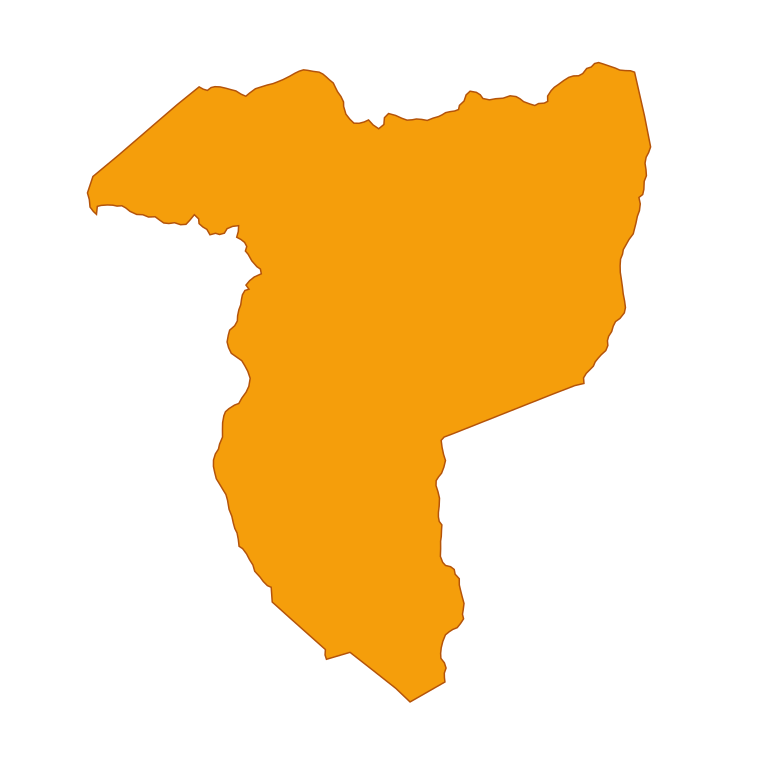 the district of Inhambupe, Bahia, Brazil, rotated 176°
{"feature_id": "56859067B53431248458401", "entity_name": "Inhambupe", "entity_type": "district", "adm_level": 2, "iso_a3": "BRA", "parent_name": "Brazil", "parent_adm1": "Bahia", "projection": "robinson", "projection_center": [-38.397, -11.762], "detail": "fine", "context": "isolated", "style": "filled", "palette": "amber", "viewbox_px": 768, "rotation_deg": 176, "n_neighbors": 0, "source": "geoboundaries", "source_scale": "gbopen_adm2", "svg_char_len": 3969}
<svg xmlns="http://www.w3.org/2000/svg" viewBox="0 0 768 768"><g transform="rotate(176 384 384)"><path d="M112.3,677.6L116.3,679.3L121.3,679.8L126.9,680.7L131.2,683.0L136.7,685.3L143.1,688.0L147.5,689.7L151.6,689.0L155.1,685.8L159.8,684.6L164.1,679.8L168.3,677.9L173.6,678.1L178.3,677.0L183.5,674.2L189.5,670.4L193.4,668.1L196.8,665.0L200.7,659.8L201.0,654.5L204.6,653.0L210.3,653.0L214.1,651.3L218.8,653.1L225.0,655.9L228.5,659.1L232.2,661.5L238.1,662.7L245.3,660.8L252.6,660.8L259.0,660.1L265.4,661.9L267.8,665.8L271.5,668.5L277.7,670.1L281.9,666.7L284.4,660.7L289.3,656.7L290.5,652.6L294.5,651.4L299.0,651.1L303.6,650.4L307.2,648.5L310.9,647.0L316.5,645.8L322.5,643.9L327.9,645.3L333.2,646.1L337.5,645.6L342.6,645.6L347.6,647.8L353.7,651.1L360.6,653.5L365.0,649.6L366.0,642.9L371.5,639.0L376.8,643.2L381.0,648.5L385.4,646.8L390.6,645.8L395.8,646.3L399.5,650.4L403.2,655.9L404.9,663.7L404.7,668.2L406.9,673.8L410.0,678.9L411.9,683.5L413.6,687.8L417.2,691.2L420.1,694.3L423.3,697.4L426.9,699.6L432.8,700.8L438.2,702.2L442.4,703.0L446.7,702.0L451.0,700.3L456.6,697.6L463.5,694.7L469.2,692.8L473.7,691.4L479.6,690.4L484.7,689.2L491.7,687.5L497.8,683.6L501.8,680.7L506.5,683.2L511.3,686.7L516.4,688.4L521.2,690.1L526.8,691.8L531.9,692.4L535.8,691.8L539.7,689.2L543.7,690.7L547.7,693.3L570.7,677.2L632.7,630.9L659.9,611.3L666.5,595.3L665.1,588.5L664.9,581.0L661.9,576.4L659.0,573.3L657.6,581.2L653.7,581.9L647.5,581.9L642.0,581.3L637.9,580.1L633.1,580.1L629.5,577.8L625.3,573.9L618.9,570.4L612.8,569.7L607.3,567.0L600.6,566.8L596.2,563.0L592.5,560.0L587.4,559.1L581.7,559.5L575.8,557.1L570.4,557.1L566.5,560.7L561.4,566.1L557.4,561.7L557.3,556.9L553.8,553.3L549.9,550.6L547.2,545.0L541.5,546.1L537.6,544.6L532.7,545.6L529.7,549.9L524.0,551.8L518.0,552.1L518.7,546.3L520.7,540.7L516.6,538.1L513.2,535.0L511.3,530.8L513.0,526.3L510.5,522.9L507.3,516.1L502.6,509.9L499.3,507.3L498.7,502.5L506.0,499.8L510.9,496.4L514.8,492.3L512.1,488.0L516.2,487.0L519.0,482.9L520.2,478.6L521.4,473.0L523.6,468.2L525.3,462.2L525.9,457.1L528.9,452.5L534.2,448.5L535.9,443.6L537.6,436.9L536.5,431.1L534.2,425.3L528.7,420.8L524.2,417.1L521.5,411.8L519.0,406.2L517.1,399.0L519.0,391.1L522.1,385.5L526.8,379.9L530.2,374.7L534.6,373.4L540.3,370.3L544.1,367.4L546.0,363.4L547.7,356.6L548.3,350.0L548.8,342.3L552.2,335.6L553.7,330.6L557.1,326.0L559.4,320.0L559.9,313.7L559.1,307.9L557.9,301.2L554.7,295.1L551.8,289.4L549.4,284.8L548.2,279.0L547.3,269.8L545.0,262.6L544.0,255.7L542.9,250.3L541.0,245.7L540.2,239.2L539.9,232.2L536.5,229.6L532.9,224.0L530.4,218.2L527.4,212.6L526.0,206.2L521.1,200.0L518.2,195.4L514.4,191.0L510.7,189.1L510.7,174.3L493.6,156.6L461.0,123.2L461.7,117.8L460.6,113.4L436.6,118.7L421.1,104.7L393.4,79.5L380.2,65.0L344.0,82.5L344.2,86.9L344.0,91.4L341.9,96.3L343.2,101.6L346.4,106.4L346.3,111.4L345.3,116.9L343.3,123.1L340.2,129.5L336.1,132.4L332.4,134.4L328.0,135.8L324.4,139.7L321.0,144.2L321.8,148.8L320.7,153.4L319.5,159.5L321.0,167.1L322.2,173.9L322.9,178.3L322.5,184.5L326.3,189.3L326.9,194.1L330.3,197.1L335.3,198.7L337.9,202.0L339.8,208.1L339.0,215.6L338.5,223.3L337.5,227.9L336.8,234.3L336.1,239.4L338.5,243.1L339.0,247.6L338.7,252.0L337.5,258.3L336.6,266.2L337.7,272.9L339.2,279.0L338.7,284.0L336.0,287.6L332.8,291.0L330.1,296.8L328.0,303.4L329.5,309.6L330.5,316.8L330.9,323.8L327.7,326.9L318.7,329.6L220.9,360.7L216.5,362.1L193.8,369.1L184.5,370.6L184.5,376.2L181.5,380.5L177.5,384.0L173.9,387.2L171.8,391.3L168.7,394.7L165.3,398.0L160.4,401.9L158.0,406.8L158.1,411.6L156.6,415.9L153.2,420.5L151.3,425.7L148.7,430.1L144.0,433.0L139.3,438.2L137.8,443.4L138.2,449.9L139.1,457.4L139.4,464.3L139.9,471.4L140.5,479.0L140.2,485.6L139.3,492.2L137.0,496.9L135.9,501.4L133.1,505.6L129.5,511.1L124.9,516.4L123.4,521.0L121.5,526.7L119.6,533.5L117.1,539.1L115.8,545.8L116.7,552.3L112.7,555.0L111.2,560.0L110.3,568.0L107.7,573.5L107.7,579.5L108.2,586.1L106.7,591.9L103.9,596.4L101.5,601.9L105.4,633.0L112.3,677.6Z" fill="#f59e0b" stroke="#b45309" stroke-width="1.5"/></g></svg>